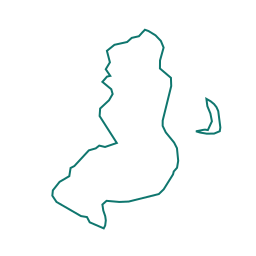 the border of Moyle, rotated 74°
{"feature_id": "GBR-2773", "entity_name": "Moyle", "entity_type": "District", "adm_level": 1, "iso_a3": "GBR", "parent_name": "United Kingdom", "parent_adm1": "", "projection": "mercator", "projection_center": [-6.248, 55.147], "detail": "fine", "context": "isolated", "style": "outline", "palette": "teal", "viewbox_px": 256, "rotation_deg": 74, "n_neighbors": 0, "source": "natural_earth", "source_scale": "10m", "svg_char_len": 1083}
<svg xmlns="http://www.w3.org/2000/svg" viewBox="0 0 256 256"><g transform="rotate(74 128 128)"><path d="M38.2,84.7L40.4,81.6L46.5,76.0L53.4,72.4L60.5,71.6L71.9,78.6L79.6,80.9L91.6,72.9L99.6,74.9L130.4,92.6L135.5,94.1L142.6,92.9L154.7,87.7L160.9,86.5L173.4,88.8L179.7,91.8L182.4,96.0L185.0,97.5L196.8,110.6L200.0,116.6L198.9,147.6L196.7,156.7L192.1,168.7L194.5,173.7L200.5,174.5L206.5,174.2L210.7,174.8L215.4,176.8L217.8,179.0L217.3,179.6L208.1,190.8L202.3,192.0L199.7,197.5L179.4,217.1L172.2,219.4L167.2,217.4L160.9,208.6L158.1,197.7L150.6,194.2L149.8,190.1L138.7,171.8L138.7,164.6L137.0,160.5L139.9,155.3L139.3,142.9L108.7,152.0L101.6,149.4L96.1,138.6L91.1,133.4L86.1,133.4L76.6,139.9L72.8,134.0L73.0,130.7L65.4,133.2L59.9,127.3L48.0,127.0L44.3,118.1L45.1,105.1L42.4,99.6L42.8,92.2L39.6,87.1L39.6,86.9L38.2,84.7ZM136.6,36.6L153.0,39.1L156.4,40.7L157.1,46.7L155.2,53.8L152.2,60.0L149.9,63.6L150.3,59.1L150.5,56.4L150.8,54.4L152.0,51.8L144.7,45.5L136.8,44.8L128.9,45.7L121.6,44.6L125.1,41.2L128.7,38.7L132.4,37.2L136.6,36.6Z" fill="none" stroke="#0f766e" stroke-width="2"/></g></svg>